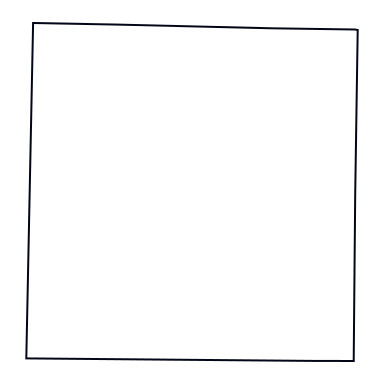 Parker, Texas, United States of America
{"feature_id": "52423323B6127736207828", "entity_name": "Parker", "entity_type": "district", "adm_level": 2, "iso_a3": "USA", "parent_name": "United States of America", "parent_adm1": "Texas", "projection": "mercator", "projection_center": [-97.745, 32.779], "detail": "fine", "context": "isolated", "style": "outline", "palette": "ink", "viewbox_px": 384, "rotation_deg": 0, "n_neighbors": 0, "source": "geoboundaries", "source_scale": "gbopen_adm2", "svg_char_len": 239}
<svg xmlns="http://www.w3.org/2000/svg" viewBox="0 0 384 384"><path d="M118.3,24.6L33.1,23.0L26.3,358.4L311.5,360.9L353.7,361.0L355.2,194.7L357.7,30.0L354.9,29.5L271.9,28.3L118.3,24.6Z" fill="none" stroke="#020617" stroke-width="2"/></svg>